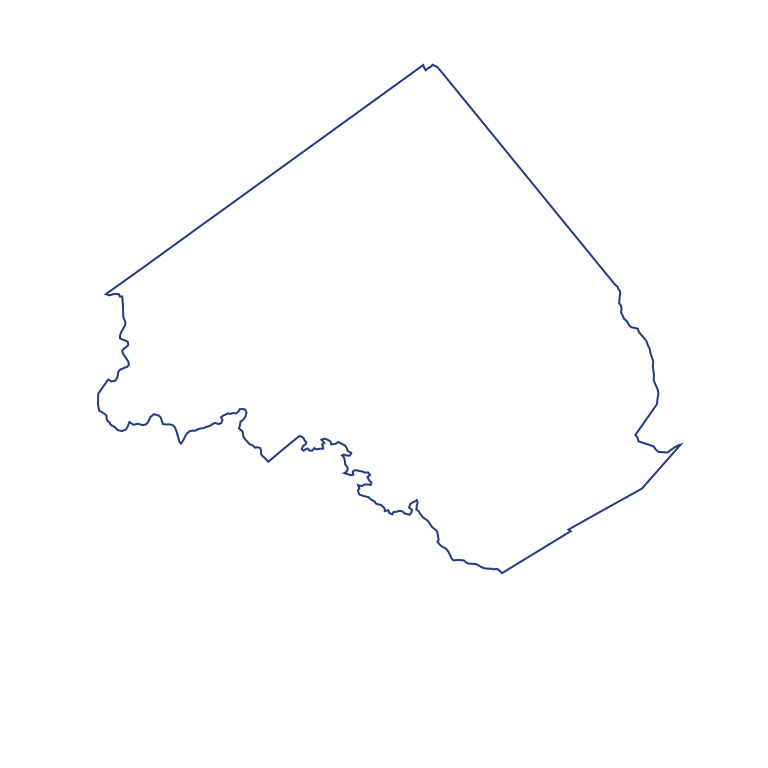 Formosa da Serra Negra, Maranhão, Brazil (Albers equal-area conic projection), rotated 54°
{"feature_id": "56859067B92556149898263", "entity_name": "Formosa da Serra Negra", "entity_type": "district", "adm_level": 2, "iso_a3": "BRA", "parent_name": "Brazil", "parent_adm1": "Maranhão", "projection": "albers", "projection_center": [-46.127, -6.579], "detail": "fine", "context": "isolated", "style": "outline", "palette": "blue", "viewbox_px": 768, "rotation_deg": 54, "n_neighbors": 0, "source": "geoboundaries", "source_scale": "gbopen_adm2", "svg_char_len": 4281}
<svg xmlns="http://www.w3.org/2000/svg" viewBox="0 0 768 768"><g transform="rotate(54 384 384)"><path d="M607.4,179.7L606.7,181.7L606.3,184.1L606.0,186.8L606.0,190.6L606.0,195.0L600.4,201.8L596.4,202.7L593.0,202.5L589.0,205.3L585.4,208.0L580.0,211.8L575.9,210.4L573.0,210.6L560.7,174.9L557.3,172.0L555.4,170.1L553.1,167.6L549.7,166.0L547.3,165.3L544.6,164.9L539.6,163.7L537.3,161.8L534.2,159.6L527.9,156.3L524.6,153.4L522.5,152.4L519.4,151.5L516.8,150.7L514.1,149.6L511.5,148.2L508.4,147.9L505.8,147.1L503.2,146.5L498.7,146.7L494.6,147.0L491.7,147.3L488.7,146.2L486.2,147.9L483.9,150.3L481.0,151.2L475.6,150.6L472.2,151.5L468.9,150.7L465.2,150.0L462.9,147.7L460.1,146.2L456.7,146.2L453.9,143.7L451.8,142.0L449.5,139.4L447.5,138.5L444.6,138.5L442.6,137.9L439.4,138.7L349.5,143.8L203.6,151.9L176.9,153.4L158.9,154.5L156.4,156.0L154.2,157.1L154.9,159.4L154.4,162.5L154.7,165.8L151.2,165.4L149.0,164.8L148.4,416.4L148.3,434.1L148.2,509.9L147.8,556.1L150.5,554.5L151.6,552.2L152.5,549.4L155.2,545.8L158.1,546.3L159.2,544.3L161.6,545.7L166.4,548.6L173.2,553.3L177.1,555.8L182.0,556.8L184.3,559.0L185.6,561.7L187.5,566.0L189.6,569.0L191.8,570.7L193.9,569.7L196.7,567.8L199.5,566.5L202.2,568.0L202.5,571.0L202.5,574.0L203.4,576.3L205.9,577.3L210.0,577.4L215.6,577.7L218.5,579.0L219.1,581.7L217.9,586.3L217.3,589.3L218.2,592.0L220.6,594.3L222.8,597.3L223.2,600.0L221.7,603.0L218.2,604.6L224.0,621.0L228.3,624.3L233.4,627.9L238.1,630.1L241.0,628.7L243.9,627.6L246.6,627.2L249.3,629.0L251.6,629.3L254.0,628.5L256.0,629.1L258.5,628.2L261.2,626.9L264.5,626.7L268.1,623.7L269.1,619.6L267.6,616.1L265.1,612.3L267.5,611.6L269.8,610.5L271.6,606.3L275.4,603.5L276.8,600.2L276.1,597.2L273.4,592.2L273.2,587.9L277.1,584.8L279.4,584.3L282.8,585.3L286.4,586.4L288.8,584.0L289.9,582.1L292.6,579.3L295.3,578.6L297.8,579.0L300.7,579.8L310.5,583.5L312.9,583.2L312.1,581.0L311.3,578.8L310.0,576.6L308.7,574.2L308.1,571.6L308.0,568.8L309.2,566.3L310.9,564.0L311.4,560.4L312.7,557.5L313.8,555.7L314.1,553.1L315.6,549.8L315.6,546.2L316.3,543.4L319.2,541.4L320.0,538.5L318.3,535.9L315.2,535.5L315.0,532.7L315.8,529.5L316.1,527.3L317.9,525.9L318.7,523.3L321.0,520.7L320.7,517.8L319.5,515.7L321.0,513.3L322.7,511.5L326.4,512.1L328.9,515.2L330.2,519.0L330.2,522.2L331.8,523.8L333.2,525.4L334.6,527.4L337.0,527.0L339.0,526.3L341.5,527.5L343.6,528.6L346.5,528.9L349.8,528.5L353.4,528.2L356.6,526.3L360.0,525.6L360.7,523.6L363.0,521.8L365.7,522.5L367.9,524.5L370.5,524.7L373.6,523.9L376.4,523.7L378.9,523.2L378.0,510.6L377.8,508.5L376.3,483.1L378.3,481.5L380.6,480.9L383.1,481.4L385.5,481.1L386.6,483.0L386.6,485.9L388.3,488.9L390.7,488.3L390.8,485.7L391.5,483.6L394.1,483.4L395.8,481.1L394.9,478.1L396.9,477.4L398.1,475.0L399.3,473.0L400.6,471.2L398.7,470.1L396.5,469.6L396.6,466.9L392.4,467.4L393.0,464.5L395.7,462.5L399.3,461.1L401.8,462.2L404.1,457.6L404.0,455.0L408.0,453.2L410.9,451.6L414.0,451.8L416.9,452.7L420.6,451.0L421.9,453.6L419.8,456.4L417.4,457.9L417.0,460.0L420.1,459.5L423.4,461.0L426.2,462.6L430.4,462.6L432.2,464.3L433.0,466.4L432.7,468.5L435.2,466.7L438.1,464.6L439.4,462.2L437.3,461.4L436.2,459.7L437.3,457.3L439.9,455.0L442.1,453.0L444.7,451.3L446.1,448.9L449.3,448.7L449.4,451.9L453.1,452.7L456.4,452.2L457.8,454.2L455.5,456.4L453.8,459.0L453.7,461.8L450.6,464.4L453.9,465.2L454.7,467.6L458.7,469.0L461.9,466.9L464.6,464.6L466.6,462.9L469.5,462.6L473.7,460.6L475.8,460.9L477.8,459.6L480.0,457.5L482.4,457.1L484.9,456.5L487.3,458.2L488.6,454.7L491.5,455.5L494.3,454.0L493.2,451.5L494.7,449.1L495.6,446.3L497.6,444.1L501.0,443.3L502.7,442.0L504.9,440.0L503.7,436.8L502.1,435.3L498.7,436.4L496.6,433.4L496.5,430.8L497.0,428.4L497.3,425.7L500.0,426.7L502.2,429.6L504.6,431.5L507.4,430.7L510.3,431.1L512.4,430.9L515.2,430.8L517.7,429.9L520.1,429.0L522.8,428.9L525.5,429.2L528.2,429.2L530.7,428.4L533.0,427.7L535.7,428.1L537.6,429.2L540.0,430.3L542.3,431.5L543.1,433.5L546.5,433.3L549.4,432.7L551.6,431.5L554.5,430.5L557.8,430.5L562.2,431.3L564.8,431.9L567.5,431.5L569.4,428.4L571.4,425.6L573.7,423.1L576.5,422.5L578.7,421.5L581.3,418.4L583.2,415.9L585.8,414.3L588.4,413.3L591.4,411.7L594.5,408.5L596.3,406.0L598.3,404.4L599.9,401.3L602.9,400.2L606.4,399.7L608.0,379.8L612.8,319.5L610.2,320.3L611.3,311.0L615.5,275.7L620.2,236.7L607.4,179.7Z" fill="none" stroke="#1e3a8a" stroke-width="2"/></g></svg>